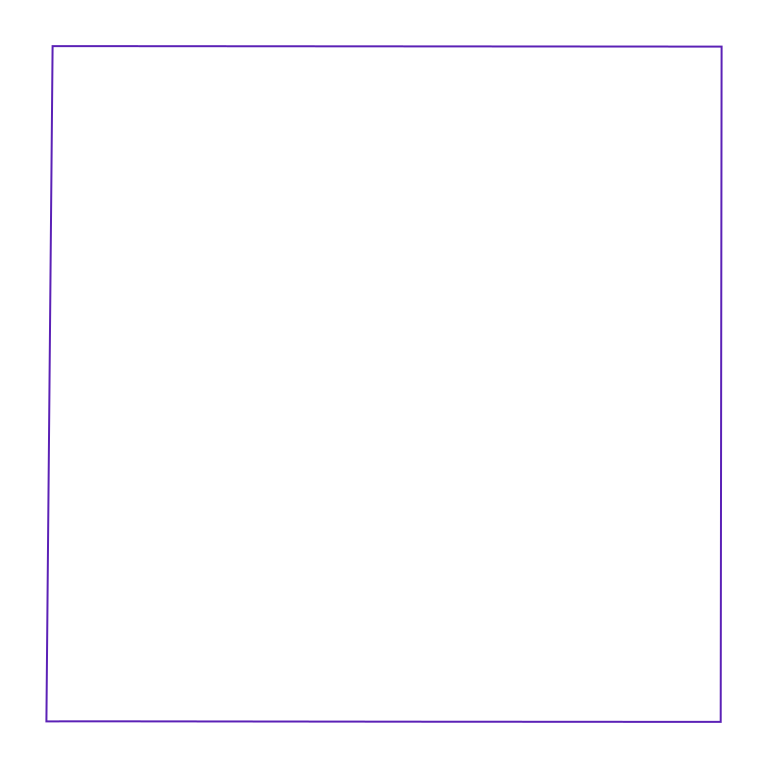 Howard, Nebraska, United States of America
{"feature_id": "52423323B29382899957960", "entity_name": "Howard", "entity_type": "district", "adm_level": 2, "iso_a3": "USA", "parent_name": "United States of America", "parent_adm1": "Nebraska", "projection": "mercator", "projection_center": [-98.54, 41.22], "detail": "fine", "context": "isolated", "style": "outline", "palette": "violet", "viewbox_px": 768, "rotation_deg": 0, "n_neighbors": 0, "source": "geoboundaries", "source_scale": "gbopen_adm2", "svg_char_len": 215}
<svg xmlns="http://www.w3.org/2000/svg" viewBox="0 0 768 768"><path d="M52.6,46.1L46.4,721.4L85.2,721.3L420.2,721.7L720.7,721.9L721.6,46.6L714.5,46.6L52.6,46.1Z" fill="none" stroke="#5b21b6" stroke-width="2"/></svg>